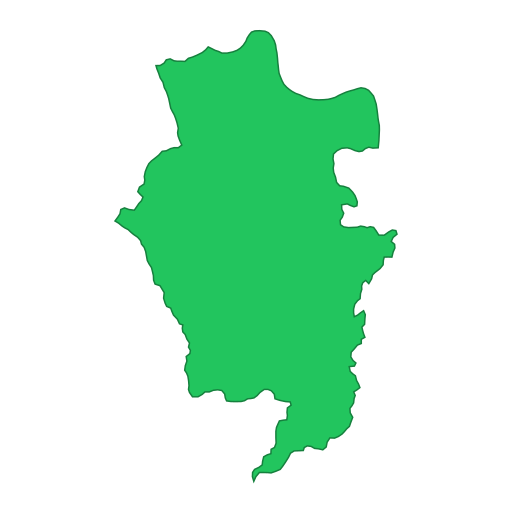 the district of Cássia, Minas Gerais, Brazil
{"feature_id": "56859067B74168157441705", "entity_name": "Cássia", "entity_type": "district", "adm_level": 2, "iso_a3": "BRA", "parent_name": "Brazil", "parent_adm1": "Minas Gerais", "projection": "orthographic", "projection_center": [-46.919, -20.558], "detail": "fine", "context": "isolated", "style": "filled", "palette": "green", "viewbox_px": 512, "rotation_deg": 0, "n_neighbors": 0, "source": "geoboundaries", "source_scale": "gbopen_adm2", "svg_char_len": 4494}
<svg xmlns="http://www.w3.org/2000/svg" viewBox="0 0 512 512"><path d="M253.8,481.3L255.9,476.6L259.4,472.5L263.9,472.5L267.9,472.6L271.1,472.9L275.7,471.3L280.2,469.4L282.5,466.5L285.3,462.4L288.5,457.3L290.5,453.2L294.2,450.9L299.3,450.7L303.3,450.5L304.3,447.5L307.3,445.9L311.1,446.4L314.6,448.4L318.5,448.8L322.8,449.8L326.2,447.0L327.1,442.2L329.9,437.9L334.6,438.1L338.4,436.5L342.1,434.0L344.3,431.7L346.7,428.8L349.4,426.4L350.7,422.6L352.7,417.3L350.2,412.8L349.9,408.4L351.9,405.8L353.6,402.9L354.1,398.5L355.2,395.5L353.7,391.9L356.9,389.9L359.9,387.6L358.5,384.0L356.6,380.6L355.4,375.8L352.7,373.8L350.2,371.4L349.2,366.6L354.4,366.1L355.9,363.0L353.0,360.5L350.8,356.9L351.2,352.2L354.0,349.2L357.4,345.1L361.3,343.5L361.3,339.3L364.9,337.3L363.6,333.9L362.7,330.7L361.9,327.1L364.6,324.3L364.9,318.8L365.3,314.7L363.6,310.7L360.4,312.9L357.5,315.2L354.3,316.7L353.6,312.9L353.6,309.0L354.8,304.2L357.5,300.7L360.1,298.7L360.5,293.5L361.8,289.3L361.6,285.9L362.8,282.7L365.7,280.4L368.8,283.6L371.6,278.8L372.5,274.9L375.1,272.4L377.6,270.5L380.1,268.5L383.1,264.8L383.4,260.3L384.2,257.1L388.1,257.0L391.9,257.1L393.1,252.1L394.9,248.0L394.6,244.3L391.2,241.5L393.1,237.4L397.0,234.2L395.9,230.6L392.3,230.0L388.8,231.9L384.2,235.2L378.8,235.1L376.1,230.8L373.6,227.4L370.2,226.7L367.1,227.7L364.3,226.7L360.6,226.1L357.3,227.2L348.5,227.6L343.7,226.9L340.5,224.7L340.1,220.3L342.3,217.1L343.7,213.2L341.8,209.4L341.6,204.8L347.3,203.9L350.5,205.5L354.0,206.8L356.9,205.8L357.3,201.9L356.2,198.6L355.0,195.6L352.7,192.2L348.8,188.1L343.5,186.3L339.7,185.8L336.6,182.4L335.5,177.1L333.7,172.4L333.2,168.0L333.9,163.7L333.0,158.9L333.5,154.0L337.0,150.7L341.7,148.3L347.2,147.8L350.5,148.6L355.0,150.6L359.0,151.6L362.4,151.0L365.3,148.6L368.8,147.2L372.8,148.1L378.2,147.8L378.9,140.6L379.2,133.9L379.4,130.0L379.3,125.5L378.5,121.3L378.0,118.1L377.6,114.3L377.0,109.5L376.2,104.2L374.8,99.8L373.5,96.0L371.0,93.0L368.6,90.3L365.1,88.5L361.0,87.8L357.4,88.7L353.8,89.9L350.4,90.8L346.2,92.1L342.5,93.7L339.0,95.3L335.2,97.4L331.5,98.5L328.2,99.3L323.9,99.7L318.6,99.9L313.0,99.5L307.8,98.3L303.9,96.7L300.0,94.9L295.7,93.4L291.9,91.3L289.1,89.3L286.7,87.3L283.9,84.3L282.1,80.9L280.6,77.3L279.1,73.4L278.6,69.9L278.2,65.9L277.8,62.5L277.5,58.3L276.9,52.8L276.1,48.9L275.6,45.0L274.2,40.7L271.3,35.7L268.4,32.7L265.0,31.2L259.5,30.7L254.9,30.9L251.5,32.1L249.4,34.6L247.2,38.0L245.9,41.3L243.2,45.3L240.4,48.1L237.1,50.3L232.8,51.9L227.1,53.1L221.9,53.1L218.7,51.5L215.0,50.3L211.9,48.7L208.2,46.9L205.7,49.8L202.2,52.6L196.7,55.3L192.4,57.1L188.4,58.3L185.0,61.4L180.2,61.2L177.0,61.2L174.0,60.8L170.2,58.9L166.3,59.8L164.1,63.1L160.2,65.5L156.0,65.6L156.9,68.8L158.7,73.3L160.2,77.9L163.0,82.3L164.3,87.6L166.4,91.6L167.6,95.0L168.7,98.5L169.6,102.8L170.7,108.1L172.5,111.7L174.2,114.7L175.6,118.3L177.0,122.7L178.3,128.2L177.6,132.7L178.1,136.0L179.6,140.1L181.8,145.1L178.3,147.7L174.1,147.7L170.6,148.6L166.3,150.8L162.2,151.3L158.7,155.2L154.6,158.5L151.5,160.9L148.9,163.6L146.9,167.5L145.3,171.6L144.3,176.6L144.8,180.1L144.1,184.0L139.5,187.1L137.8,191.7L140.3,194.5L143.0,197.0L141.5,200.7L138.8,203.6L136.8,206.6L134.3,210.2L128.9,209.5L124.5,207.9L120.8,209.5L120.0,213.8L117.8,217.2L115.0,221.0L118.7,223.2L122.0,226.0L124.7,227.8L128.2,229.6L131.0,232.3L133.5,234.4L137.6,237.2L140.6,240.6L141.5,244.1L144.2,247.4L145.7,251.6L146.5,256.1L147.3,260.5L149.0,263.8L151.5,267.6L152.6,272.1L153.4,275.6L153.6,280.2L155.1,284.1L160.0,285.7L162.3,289.5L164.2,292.6L163.6,298.2L165.2,303.3L166.7,306.4L170.7,308.1L171.9,311.4L173.5,315.1L177.4,319.2L179.5,323.8L182.8,324.9L182.3,328.2L182.8,331.9L185.2,334.5L186.9,339.1L189.5,343.0L188.5,347.1L190.4,350.4L189.9,353.6L186.2,356.5L186.9,361.1L185.3,365.7L184.7,370.2L186.5,372.9L187.9,376.2L188.6,380.8L189.0,385.7L188.5,389.4L189.5,392.5L192.5,396.8L198.0,396.8L202.2,394.4L205.0,391.9L209.3,391.9L213.3,390.3L217.7,389.8L221.8,390.5L224.7,394.0L225.3,397.9L226.6,400.9L230.8,401.5L235.2,401.6L241.1,401.5L244.5,400.7L247.6,398.8L250.9,398.5L254.0,397.9L257.1,395.6L259.9,392.5L264.2,389.4L268.0,389.4L271.4,390.8L274.3,394.2L275.0,398.8L280.0,400.4L285.7,401.6L290.2,401.9L291.1,405.2L287.4,407.9L287.0,412.3L287.4,415.5L286.8,419.8L283.2,420.2L279.4,420.9L277.9,424.2L276.5,427.4L275.9,431.2L275.9,437.4L276.1,443.2L274.5,447.5L271.1,449.3L270.9,453.7L267.3,454.8L263.7,456.8L262.6,461.3L262.2,464.9L259.0,467.3L254.6,469.4L252.6,472.4L252.4,476.6L253.8,481.3Z" fill="#22c55e" stroke="#15803d" stroke-width="1.5"/></svg>